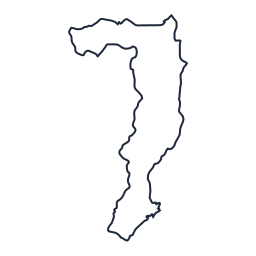 Xaignabouri, Natural Earth projection
{"feature_id": "LAO-3278", "entity_name": "Xaignabouri", "entity_type": "Province", "adm_level": 1, "iso_a3": "LAO", "parent_name": "Laos", "parent_adm1": "", "projection": "natural_earth1", "projection_center": [101.237, 18.696], "detail": "fine", "context": "isolated", "style": "outline", "palette": "slate", "viewbox_px": 256, "rotation_deg": 0, "n_neighbors": 0, "source": "natural_earth", "source_scale": "10m", "svg_char_len": 4256}
<svg xmlns="http://www.w3.org/2000/svg" viewBox="0 0 256 256"><path d="M70.0,34.2L69.5,33.5L69.1,32.3L69.5,30.6L71.3,27.8L73.8,28.3L77.1,29.3L79.7,29.1L82.3,28.6L84.6,26.9L86.3,27.0L87.8,26.3L88.6,25.8L89.4,25.8L90.4,26.1L91.5,25.9L92.2,25.6L97.6,22.0L98.7,20.8L100.0,19.6L101.0,19.0L102.0,18.9L111.4,20.6L115.0,21.9L117.7,24.2L118.0,23.5L118.5,22.7L118.7,22.2L119.3,22.2L120.3,23.6L121.6,23.1L123.5,21.0L125.4,19.5L126.1,19.2L127.1,19.2L127.9,19.7L128.6,20.2L130.1,21.0L135.1,24.8L136.9,25.4L160.1,25.2L163.0,24.4L164.7,22.2L163.8,21.5L164.7,20.5L166.4,19.6L167.6,19.2L168.3,18.6L170.6,16.1L171.5,15.4L173.2,17.8L174.4,19.4L175.6,20.7L176.5,22.4L176.6,26.8L175.2,31.0L174.5,32.7L174.5,38.2L175.4,40.5L177.6,40.6L179.8,40.4L180.5,41.0L179.8,44.2L179.9,56.4L180.3,57.7L180.9,58.9L181.9,60.1L183.1,61.0L186.1,62.5L186.9,63.5L186.3,64.4L183.8,67.4L183.2,68.8L182.8,70.6L181.0,73.6L180.6,74.8L180.5,76.6L181.0,82.0L180.9,83.8L180.3,86.9L179.5,95.7L179.4,97.3L179.1,98.4L178.9,99.3L179.2,100.1L179.7,100.8L179.9,101.7L180.0,103.5L179.9,105.7L179.2,109.0L179.0,110.7L179.4,112.1L182.7,116.1L183.5,119.1L182.9,121.9L180.6,127.3L180.2,129.2L179.9,133.1L179.6,134.8L177.1,139.6L175.9,141.4L174.3,145.7L173.5,146.7L173.3,147.0L171.6,148.6L170.7,148.9L169.7,149.2L168.8,149.1L167.9,148.6L166.7,149.8L165.3,153.1L164.5,154.5L162.8,155.9L161.6,156.4L161.3,157.2L161.2,158.3L161.1,159.1L160.3,160.4L159.2,161.8L157.9,163.1L156.5,163.6L154.8,163.9L154.1,164.7L153.7,165.9L153.1,167.3L149.5,171.9L148.1,174.9L147.8,178.6L148.2,179.9L149.6,182.7L149.9,183.9L150.4,190.4L150.2,193.1L149.8,195.6L149.7,198.0L151.3,201.1L151.7,202.0L152.2,202.7L153.4,203.0L155.2,202.5L155.9,202.8L156.3,204.2L156.8,204.2L157.4,203.7L158.5,203.0L159.5,202.9L160.0,203.9L159.8,204.5L158.4,207.3L158.4,207.9L159.0,208.3L159.1,208.5L158.2,208.9L159.9,210.5L158.4,211.6L155.8,212.9L154.3,214.7L154.0,215.4L153.6,216.1L153.3,216.8L153.1,217.0L152.4,215.3L152.3,214.7L152.2,214.3L152.0,214.2L151.7,214.4L151.4,214.7L150.3,215.8L149.2,215.9L148.0,215.8L146.9,216.2L146.5,217.0L147.0,217.2L147.8,217.3L148.2,217.4L148.1,218.0L148.0,218.3L146.6,220.2L146.1,220.4L145.5,220.4L144.6,220.8L136.0,228.7L134.6,230.9L133.0,234.2L132.6,235.0L131.6,235.4L130.6,235.6L129.8,236.1L129.6,237.5L128.3,239.6L127.9,240.1L127.1,240.6L126.9,240.6L126.6,240.4L124.3,239.4L122.0,237.8L120.7,237.5L119.7,235.9L118.4,234.7L117.0,233.6L115.5,232.8L112.1,232.0L109.3,231.5L108.1,230.4L108.1,228.4L109.1,226.4L111.7,223.0L113.3,218.9L113.5,218.2L113.9,216.5L113.7,214.7L113.5,213.8L113.7,213.0L114.2,212.4L114.9,212.0L115.0,211.8L115.0,211.6L115.0,211.4L114.9,211.2L114.4,210.6L114.2,210.0L114.4,209.4L114.9,208.9L116.5,208.1L116.9,207.0L116.7,203.9L117.0,202.0L117.6,201.1L120.0,199.5L122.0,197.5L123.3,195.3L124.3,192.9L125.6,190.5L126.6,189.6L129.1,187.8L129.7,186.6L129.5,185.4L128.1,182.0L127.9,180.2L128.2,178.6L129.3,175.1L129.5,173.7L129.2,172.9L128.7,172.4L128.2,172.1L127.7,171.6L127.1,169.7L126.9,169.1L126.8,165.9L127.0,165.0L127.4,164.3L128.7,162.7L128.9,162.1L128.2,160.8L123.3,158.3L122.7,157.6L120.9,155.7L119.8,154.1L119.3,152.5L119.7,150.7L121.9,148.1L122.5,146.3L122.6,145.4L123.0,145.0L127.9,141.9L128.9,140.7L129.2,139.7L129.2,137.7L129.4,136.8L129.9,136.2L131.3,135.6L131.9,135.3L134.1,132.9L135.1,131.5L135.5,130.1L135.1,128.6L133.3,126.6L132.8,124.9L133.1,123.4L134.2,120.5L134.6,118.9L134.2,113.5L134.3,111.7L134.9,110.1L136.8,107.6L137.6,106.3L138.3,103.3L138.9,102.0L142.2,98.4L141.5,95.7L139.4,93.1L136.1,89.7L135.2,88.6L134.6,87.2L134.5,85.0L134.7,79.7L133.1,72.1L133.1,71.5L133.2,71.0L133.3,70.5L133.0,69.8L132.5,69.4L131.2,69.1L130.7,68.7L130.3,66.0L130.7,62.2L131.8,59.0L133.6,57.7L135.3,57.2L136.4,55.2L136.8,52.6L136.6,50.4L136.3,49.2L136.0,48.3L135.3,47.5L134.3,46.9L133.0,46.5L132.2,46.7L131.5,47.3L130.6,47.9L128.7,48.4L126.6,48.7L124.4,48.5L122.2,47.6L118.9,45.3L117.2,44.6L115.0,44.3L108.2,44.4L107.7,44.3L107.3,44.4L106.6,44.9L106.3,45.3L105.3,47.1L102.2,51.3L98.7,55.1L97.9,56.3L97.3,56.0L96.8,55.1L96.1,54.2L95.0,53.5L88.7,50.8L86.7,50.9L85.1,52.3L84.2,53.9L83.6,55.1L82.2,55.2L80.0,54.4L77.8,53.4L76.4,52.4L75.5,51.3L75.3,49.9L75.3,48.5L75.0,46.9L74.4,45.8L72.8,43.6L72.2,42.4L71.7,40.8L71.5,37.9L71.3,36.4L70.8,35.4L70.0,34.2Z" fill="none" stroke="#1e293b" stroke-width="2"/></svg>